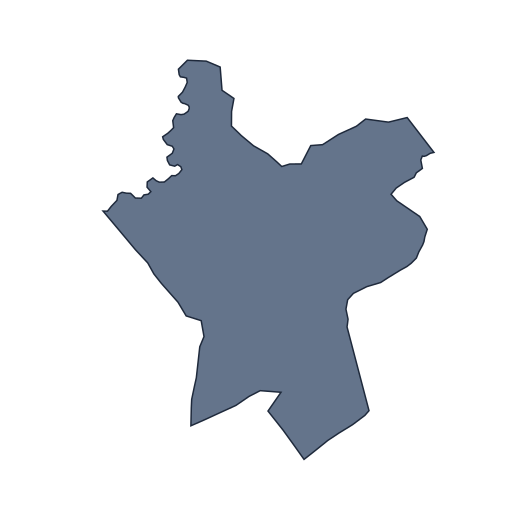 Okpe, Delta, Nigeria, rotated 290°
{"feature_id": "59680162B68325668602500", "entity_name": "Okpe", "entity_type": "district", "adm_level": 2, "iso_a3": "NGA", "parent_name": "Nigeria", "parent_adm1": "Delta", "projection": "mercator", "projection_center": [5.811, 5.698], "detail": "fine", "context": "isolated", "style": "filled", "palette": "slate", "viewbox_px": 512, "rotation_deg": 290, "n_neighbors": 0, "source": "geoboundaries", "source_scale": "gbopen_adm2", "svg_char_len": 2010}
<svg xmlns="http://www.w3.org/2000/svg" viewBox="0 0 512 512"><g transform="rotate(290 256 256)"><path d="M149.3,415.1L191.6,385.8L199.7,380.2L220.5,365.8L223.8,365.1L228.1,364.1L236.8,358.7L246.3,357.1L254.2,360.3L265.1,370.6L273.7,382.2L280.9,387.6L292.1,396.5L297.7,401.4L302.4,404.4L303.3,404.8L308.9,407.4L315.6,407.6L323.2,408.8L327.0,408.9L331.7,408.1L339.7,407.8L349.1,396.4L356.0,369.5L360.2,361.8L367.8,364.5L375.9,370.3L384.0,377.6L384.5,377.7L389.0,378.2L395.2,382.4L402.6,378.0L406.8,378.1L407.1,379.8L408.6,381.8L412.1,384.6L414.2,387.8L437.8,350.7L427.1,334.7L422.2,312.2L412.2,305.9L398.4,291.9L383.4,280.5L378.5,269.7L358.0,267.1L354.0,256.3L348.9,249.6L351.5,243.5L356.0,232.1L358.7,216.0L364.2,200.8L365.5,198.0L369.7,188.5L383.5,183.6L396.5,181.4L400.1,167.4L421.3,157.7L422.1,142.6L416.5,124.6L405.0,119.2L400.1,121.8L398.5,123.7L399.2,127.1L399.4,129.9L395.6,132.0L390.6,131.7L384.8,130.9L379.4,128.4L378.1,129.0L374.9,133.0L374.5,135.2L374.8,136.7L374.5,140.7L373.3,142.2L371.6,142.8L368.7,142.7L364.7,139.9L363.2,137.2L362.4,132.6L358.1,131.7L354.7,131.5L348.4,134.7L344.5,132.9L341.1,131.1L336.1,127.5L333.8,129.1L330.3,134.5L330.5,139.8L328.5,142.3L323.9,142.2L318.4,138.5L315.4,140.1L312.1,143.7L312.6,148.9L315.1,151.0L314.2,154.8L311.8,156.8L307.2,155.3L303.9,152.9L302.7,149.3L298.9,147.4L294.2,144.6L292.3,139.9L292.6,136.4L294.1,132.4L288.4,128.5L283.4,130.1L280.5,135.2L277.2,133.6L275.1,129.8L271.1,128.5L269.2,122.8L270.8,119.4L272.0,116.7L270.7,112.7L270.1,108.4L266.6,105.3L260.7,106.3L253.1,103.0L247.3,101.1L245.9,96.9L229.0,126.2L220.7,140.5L213.6,154.4L212.5,156.6L204.2,166.2L197.8,176.6L185.9,198.5L175.8,210.9L176.5,226.6L162.5,234.7L151.5,234.2L121.1,241.6L112.6,242.7L99.3,244.6L91.3,247.1L74.2,252.9L85.5,264.7L96.6,275.9L108.7,288.2L121.7,297.5L130.9,306.0L136.5,326.1L114.4,320.3L110.2,327.1L101.5,341.2L90.5,357.4L81.3,370.7L93.4,378.2L107.3,386.6L117.5,394.1L130.5,404.4L143.4,412.8L149.3,415.1Z" fill="#64748b" stroke="#1e293b" stroke-width="1.5"/></g></svg>